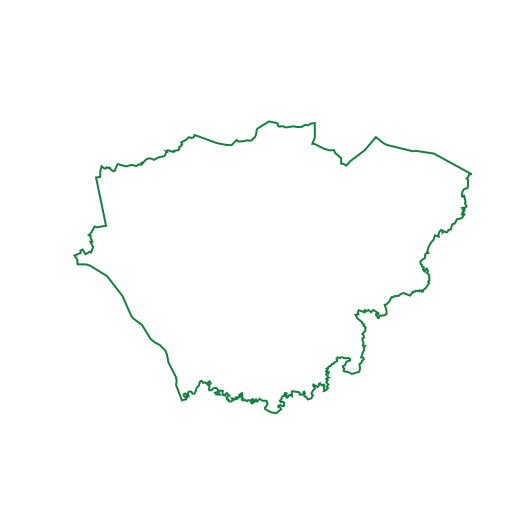 Kalniešu pag., Kraslavas, Latvia, rotated 22°
{"feature_id": "27541924B55230125144242", "entity_name": "Kalniešu pag.", "entity_type": "district", "adm_level": 2, "iso_a3": "LVA", "parent_name": "Latvia", "parent_adm1": "Kraslavas", "projection": "orthographic", "projection_center": [27.395, 55.888], "detail": "fine", "context": "isolated", "style": "outline", "palette": "green", "viewbox_px": 512, "rotation_deg": 22, "n_neighbors": 0, "source": "geoboundaries", "source_scale": "gbopen_adm2", "svg_char_len": 6133}
<svg xmlns="http://www.w3.org/2000/svg" viewBox="0 0 512 512"><g transform="rotate(22 256 256)"><path d="M340.2,367.8L346.8,366.2L348.0,366.9L348.4,368.1L351.1,367.2L351.6,366.6L351.0,364.2L351.5,363.7L352.6,364.7L352.9,367.0L353.8,368.2L354.9,367.8L358.1,369.5L360.5,367.4L361.0,363.9L359.2,363.2L358.9,362.2L359.3,359.2L360.3,356.8L357.4,354.5L357.5,353.6L362.1,354.5L362.8,352.7L362.2,351.4L363.0,350.0L365.2,351.3L367.2,349.7L367.7,349.9L367.9,352.6L369.1,353.5L369.4,355.8L371.1,354.4L372.2,351.4L370.4,350.8L371.3,348.0L368.6,346.9L368.4,346.0L369.1,344.4L367.2,343.7L368.8,341.5L367.7,341.5L367.3,340.6L365.4,339.6L365.4,338.4L366.5,337.2L367.1,337.7L367.2,336.5L364.2,336.8L364.3,336.0L365.1,335.8L364.5,335.1L365.0,334.0L363.8,333.7L364.8,332.6L364.9,331.3L366.5,330.0L366.9,327.5L368.3,326.8L368.7,325.2L370.4,323.3L370.6,322.5L369.1,321.0L369.7,319.4L371.7,319.2L373.5,317.6L376.9,317.5L380.1,315.9L381.9,316.3L382.3,317.9L380.2,319.2L379.5,320.4L379.3,324.2L377.8,325.5L378.2,326.5L380.1,327.4L380.0,329.3L380.8,329.9L385.1,329.0L389.0,329.5L394.8,324.9L395.0,323.4L394.4,320.9L392.4,317.5L393.7,315.5L393.7,313.4L394.7,311.3L393.4,310.2L391.4,310.6L391.6,307.7L391.1,305.8L391.5,303.8L391.1,301.4L390.3,300.5L390.8,298.5L388.6,299.0L388.3,296.4L385.7,293.4L385.5,292.5L386.6,291.6L386.6,290.9L385.6,289.3L383.9,288.5L385.3,284.6L385.3,283.8L384.3,282.3L384.4,281.2L381.9,280.4L382.0,279.5L381.4,278.7L379.7,278.7L379.1,277.6L373.4,275.9L370.3,273.2L372.8,271.7L371.5,269.9L371.7,267.7L377.7,267.6L377.0,266.2L377.2,265.4L378.9,266.0L380.4,263.9L383.7,265.1L385.0,262.1L391.0,263.2L391.3,264.3L389.3,264.2L389.2,265.7L392.7,267.9L393.1,267.6L393.3,265.0L397.5,262.7L398.8,260.9L397.9,258.3L393.6,253.0L395.1,251.9L396.6,248.8L397.1,243.4L398.8,242.8L398.9,241.8L403.6,239.1L404.2,237.2L406.8,235.0L413.5,235.1L414.7,231.6L415.4,231.0L414.9,230.4L417.1,229.2L417.0,228.4L419.9,227.6L420.2,226.8L421.2,227.2L422.2,226.0L423.4,227.0L424.2,226.3L423.7,225.1L425.5,221.9L426.6,216.1L425.1,215.3L425.9,213.9L423.7,208.8L420.8,207.6L420.6,207.1L421.1,206.5L421.0,205.5L419.2,203.8L418.1,204.8L418.2,207.2L416.7,206.7L415.6,205.5L415.9,203.6L413.5,203.3L413.0,201.9L411.7,201.7L410.4,199.5L412.2,196.0L413.2,195.2L413.1,193.0L412.3,191.5L412.8,189.5L414.6,188.6L413.1,187.4L412.7,183.6L413.2,177.8L414.6,174.3L414.1,169.9L418.2,169.6L417.1,168.0L417.1,164.4L417.9,162.5L419.3,162.5L420.2,164.5L421.0,162.7L424.0,162.7L424.5,161.9L424.7,159.8L426.6,158.3L426.1,153.0L428.1,151.4L428.5,146.7L432.2,144.2L433.1,142.5L432.8,140.9L433.7,139.6L432.8,139.1L432.7,140.2L431.6,140.3L432.1,139.4L431.4,139.6L431.1,137.8L432.2,136.5L431.3,136.0L431.7,134.9L430.2,135.2L429.1,134.2L431.8,132.7L432.7,131.4L432.1,130.3L430.5,129.5L429.8,128.4L430.1,127.6L429.8,126.8L426.5,122.2L425.5,122.6L425.8,123.5L424.6,123.6L423.4,119.6L423.6,117.0L424.2,115.8L426.8,113.4L424.3,106.6L423.4,105.4L422.3,105.3L423.1,103.2L423.1,100.9L423.7,100.0L425.5,99.4L382.6,94.4L364.4,98.7L362.4,100.1L336.4,103.9L332.6,103.8L322.6,100.9L317.2,117.2L307.9,132.7L305.8,138.4L302.4,137.8L300.4,138.5L298.2,133.2L290.8,130.9L288.8,128.6L284.6,130.5L278.8,131.1L268.8,130.2L266.2,130.9L266.2,124.2L260.7,110.7L257.0,112.9L255.3,115.3L252.3,116.1L250.2,119.0L245.8,121.1L242.4,121.6L235.6,125.6L232.0,125.7L228.9,127.4L227.3,126.8L226.8,125.3L224.4,125.1L217.6,126.4L209.6,137.4L209.5,139.3L210.5,143.0L210.5,146.5L209.3,148.1L209.2,149.7L207.3,151.4L204.8,151.9L200.9,154.6L196.4,156.5L194.6,155.7L191.8,162.4L187.1,164.1L177.2,166.0L153.7,166.8L153.8,169.0L153.2,169.7L152.1,170.7L149.4,170.9L147.6,174.6L144.1,178.5L145.7,180.0L145.1,181.1L145.4,182.2L144.0,183.8L144.9,185.9L144.1,187.2L141.7,188.4L141.2,189.8L140.1,189.5L139.8,190.6L134.8,190.9L133.8,192.2L134.3,192.7L133.6,192.7L134.2,193.1L133.8,193.6L134.0,196.2L133.4,198.0L129.3,200.5L125.3,205.1L122.0,204.9L119.5,206.1L118.0,207.6L116.6,211.2L115.4,212.1L116.1,212.6L115.1,213.2L115.7,213.8L115.4,214.4L112.9,215.1L111.0,217.5L106.7,218.0L101.9,221.6L93.3,222.6L92.9,227.8L93.3,229.3L92.2,230.9L89.2,230.3L87.2,228.9L86.8,229.6L84.2,229.7L83.9,231.2L82.7,231.7L79.2,230.6L79.8,235.5L81.9,241.1L78.3,243.1L105.6,284.1L97.7,289.0L95.4,289.0L94.3,297.1L93.1,299.3L95.1,299.4L95.1,300.1L98.9,304.1L97.1,304.8L101.7,309.0L101.7,314.5L100.4,314.2L97.3,318.2L92.7,314.9L91.2,316.8L92.3,318.8L87.5,323.6L91.4,326.0L93.7,330.6L101.8,327.4L106.0,327.1L125.5,330.5L147.3,343.2L162.6,358.1L165.9,360.0L176.0,362.6L189.4,372.4L194.1,373.9L200.2,374.6L207.0,377.4L210.4,380.8L214.7,387.5L227.0,398.1L229.2,401.5L230.2,405.5L241.4,417.6L244.7,415.1L243.6,413.0L242.1,413.1L241.0,412.3L240.8,411.6L241.2,410.5L241.8,410.0L244.1,410.9L245.2,412.8L246.0,411.1L244.3,409.1L244.2,407.7L244.7,406.8L246.9,406.0L248.6,407.4L250.5,406.7L250.7,403.7L250.4,400.1L251.6,397.4L251.1,394.0L251.4,392.8L252.1,392.1L254.6,393.4L255.8,392.2L259.5,393.1L258.9,391.2L259.9,389.6L261.6,390.8L261.7,391.5L260.4,393.8L261.8,394.3L262.3,397.3L263.1,398.0L265.0,397.1L266.0,394.6L267.8,393.6L269.5,393.3L270.9,394.5L271.3,396.8L269.2,398.1L271.0,399.3L274.6,398.0L272.3,396.5L272.3,394.9L273.7,393.9L275.8,393.5L275.6,394.3L277.3,397.2L279.8,397.0L279.4,395.5L280.4,393.9L281.8,395.1L283.5,395.2L281.8,398.4L283.1,400.0L284.0,399.5L284.9,399.8L285.0,400.6L286.7,400.7L288.0,399.7L287.9,398.3L288.8,397.9L287.2,397.0L289.4,396.6L290.5,395.4L290.6,396.3L291.5,396.1L292.2,395.0L291.0,394.3L293.7,393.1L293.7,392.5L293.0,392.7L293.4,391.0L292.6,390.9L294.3,388.3L295.5,389.7L295.6,391.7L297.0,392.6L296.2,393.3L296.7,394.5L298.7,394.7L299.5,393.5L302.1,394.0L302.7,392.5L304.6,392.4L306.6,389.8L307.4,390.2L307.8,391.6L306.3,393.5L307.6,394.2L309.9,390.8L309.3,390.3L309.7,389.0L311.6,390.5L312.8,387.1L316.6,387.7L319.8,386.3L322.0,388.5L321.9,391.6L321.0,393.4L321.9,394.6L328.7,395.3L333.7,394.1L336.7,388.7L335.3,387.5L332.9,387.4L332.8,386.3L334.3,385.1L337.3,385.2L338.1,384.2L336.9,381.3L335.2,381.2L333.6,382.3L332.3,381.1L333.2,379.7L332.9,376.7L334.3,375.3L334.2,372.1L335.9,371.9L336.3,375.1L337.8,375.8L338.5,374.8L338.3,373.5L339.4,372.1L341.8,372.4L340.2,369.1L340.2,367.8Z" fill="none" stroke="#15803d" stroke-width="2"/></g></svg>